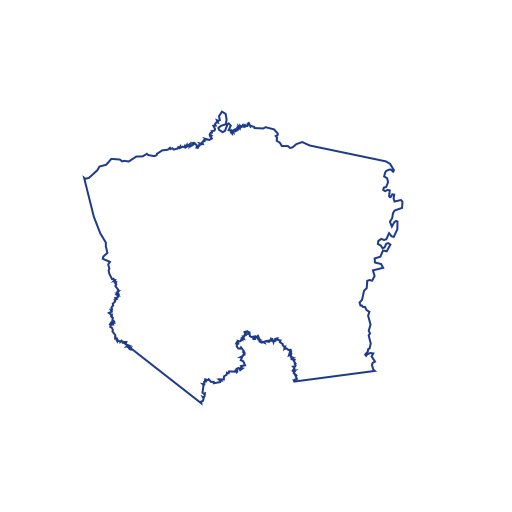 Miraflores, Guaviare, Colombia (Albers equal-area conic projection), rotated 236°
{"feature_id": "7082276B64059951678143", "entity_name": "Miraflores", "entity_type": "district", "adm_level": 2, "iso_a3": "COL", "parent_name": "Colombia", "parent_adm1": "Guaviare", "projection": "albers", "projection_center": [-71.841, 1.327], "detail": "fine", "context": "isolated", "style": "outline", "palette": "blue", "viewbox_px": 512, "rotation_deg": 236, "n_neighbors": 0, "source": "geoboundaries", "source_scale": "gbopen_adm2", "svg_char_len": 6121}
<svg xmlns="http://www.w3.org/2000/svg" viewBox="0 0 512 512"><g transform="rotate(236 256 256)"><path d="M317.5,362.4L324.6,358.0L326.2,352.1L325.6,347.0L326.6,344.6L329.2,344.0L332.7,338.9L336.5,339.1L340.0,337.6L342.3,339.6L344.4,339.5L344.1,341.5L345.3,342.5L350.8,341.8L357.4,336.0L357.7,333.3L362.9,326.3L364.0,326.7L366.4,324.8L366.2,323.8L370.3,324.4L370.3,323.3L368.8,323.4L369.4,322.1L368.6,321.5L369.5,319.9L371.7,320.2L369.5,318.7L370.8,317.2L371.8,317.8L371.3,316.0L372.9,315.7L371.5,314.6L373.2,314.2L371.7,313.7L373.3,313.2L372.8,312.0L371.4,313.2L370.7,312.1L371.5,311.5L370.9,310.4L372.1,309.8L370.2,308.3L372.7,309.1L372.9,307.3L371.0,306.4L373.2,306.0L370.9,304.6L372.4,304.3L373.7,305.5L375.6,303.7L378.2,308.0L381.2,307.5L381.2,306.1L377.1,300.3L377.3,297.6L381.4,295.9L383.2,296.5L383.5,299.8L382.1,304.6L385.5,307.9L390.8,310.3L394.7,308.5L392.6,303.5L388.9,302.0L389.1,300.3L390.4,299.5L388.0,299.0L389.0,298.3L388.2,295.6L386.6,295.5L387.7,293.5L384.2,293.1L383.2,291.8L384.3,289.0L382.9,288.5L383.4,287.0L382.5,285.4L381.3,285.1L381.6,286.1L380.5,286.5L380.2,285.1L378.1,285.1L378.4,282.1L381.5,279.5L380.4,279.7L381.3,278.3L381.1,277.2L380.1,277.4L380.3,274.9L378.6,274.6L380.9,272.3L379.3,272.5L379.8,270.5L378.2,268.2L378.8,267.6L378.9,268.7L379.5,267.8L381.3,268.8L384.5,268.0L385.1,266.6L383.4,266.8L383.5,263.6L385.4,264.4L384.2,262.0L385.7,262.8L385.4,260.4L386.7,260.9L385.5,258.6L387.0,258.7L386.2,257.5L387.7,256.3L388.0,253.8L389.1,254.4L388.5,252.8L389.7,252.4L388.9,251.2L390.2,247.4L392.1,246.9L392.5,244.9L393.8,245.1L393.4,242.4L396.0,237.3L396.1,231.1L395.1,229.8L395.8,227.3L399.9,223.2L401.7,222.7L402.0,217.7L405.4,212.3L405.5,203.3L408.6,200.0L409.3,197.9L412.1,197.1L417.4,190.4L415.4,182.9L417.7,176.2L415.8,172.4L414.2,161.2L415.5,157.6L416.9,157.2L379.5,143.6L362.1,139.6L351.1,139.0L347.8,136.8L341.7,134.6L340.9,129.1L339.4,127.4L332.8,131.6L331.7,128.8L327.6,127.4L326.4,125.7L323.4,124.5L317.4,123.7L316.8,125.1L315.7,125.1L315.9,124.3L315.1,125.3L314.9,124.5L314.6,125.6L313.7,124.6L313.1,125.0L313.3,124.2L312.3,124.1L312.6,124.9L310.4,124.2L309.7,122.6L304.8,122.9L304.0,121.4L303.6,122.2L303.4,121.1L301.6,120.8L302.5,119.6L301.2,119.9L301.6,118.9L299.9,119.6L300.3,118.7L299.6,119.3L299.3,118.3L298.8,119.0L299.8,116.0L298.2,116.3L298.7,114.4L297.1,113.9L296.5,110.5L294.9,110.0L294.3,107.6L292.1,106.7L292.8,105.5L290.5,105.3L291.0,102.2L288.5,103.2L287.6,102.6L287.6,103.5L285.9,102.3L284.9,102.8L282.1,100.1L281.9,101.6L281.1,101.7L281.1,100.9L279.8,101.1L280.4,99.3L279.1,99.1L280.0,97.8L281.6,98.1L281.0,96.6L279.7,96.8L278.6,95.5L277.1,96.4L274.8,96.0L273.7,94.8L269.1,95.1L266.8,93.3L266.8,94.1L264.5,93.5L264.7,94.3L262.8,93.6L263.2,94.4L261.2,95.3L261.1,96.4L260.5,95.8L260.5,97.1L258.9,98.0L258.4,97.2L257.5,98.2L258.2,98.9L257.2,100.4L255.7,98.5L253.4,100.2L253.2,98.2L252.1,100.3L251.9,99.0L250.7,99.1L251.3,99.7L250.2,101.2L249.6,98.7L249.2,100.7L248.2,100.2L247.8,101.2L164.4,128.3L166.0,129.1L165.6,131.0L167.0,132.8L168.9,133.0L167.9,133.6L168.5,134.9L170.7,136.9L171.0,135.7L172.6,135.2L178.3,140.3L179.7,140.1L178.5,141.4L180.6,142.6L179.9,144.4L180.6,144.8L180.9,143.8L182.2,144.9L180.0,146.7L180.3,147.9L176.8,148.3L175.4,150.5L174.1,149.9L171.5,155.8L172.3,156.7L173.5,156.4L172.6,157.3L173.9,157.1L171.6,160.3L174.1,162.1L174.0,165.3L175.5,166.7L174.1,167.8L175.4,169.2L172.2,173.4L172.6,175.1L170.4,174.8L170.5,175.8L173.3,176.9L172.9,178.9L170.2,179.0L170.3,181.9L171.8,180.2L172.2,182.2L173.1,182.2L171.5,185.8L175.8,186.6L178.1,185.1L179.9,187.8L180.8,186.6L180.5,189.6L180.9,190.6L182.1,190.2L180.8,191.5L182.1,192.4L183.6,191.7L183.8,192.7L188.7,192.5L188.0,191.0L189.3,189.6L192.0,189.5L193.4,191.0L193.2,192.3L194.1,192.4L194.7,191.0L195.2,191.9L194.4,192.4L195.9,193.4L194.3,194.6L194.2,196.0L195.1,197.0L195.8,196.6L194.1,197.7L195.7,198.3L194.0,199.7L196.7,200.2L196.0,201.5L197.2,202.8L196.6,203.3L199.4,204.0L199.1,204.9L198.2,203.8L197.7,204.0L198.5,206.6L195.6,208.2L196.4,207.2L195.9,205.8L195.2,207.3L193.0,206.1L191.4,206.9L190.4,209.2L190.0,207.9L188.5,207.4L187.8,208.7L189.2,209.2L189.2,210.5L188.4,210.5L188.8,213.0L185.9,212.5L186.6,211.4L185.3,211.2L184.1,212.6L183.1,211.1L181.0,212.3L181.7,213.1L179.4,214.5L180.4,214.6L180.1,216.0L177.5,218.9L177.8,219.7L178.8,219.0L178.1,220.6L178.8,221.8L176.3,221.2L178.8,223.3L174.7,222.3L175.4,223.1L174.8,224.7L176.5,225.6L176.1,226.6L175.9,225.5L175.4,226.4L174.5,225.9L175.5,227.4L173.7,227.6L172.3,229.1L171.2,227.6L168.1,228.9L166.8,228.2L164.9,228.9L163.5,227.8L163.9,229.1L162.8,228.3L162.3,229.6L159.8,230.4L158.9,232.3L157.4,231.8L157.7,230.8L156.4,229.2L156.6,230.9L155.6,230.9L154.9,228.7L154.6,229.9L153.0,228.5L150.9,229.9L151.5,228.3L150.6,227.7L148.3,229.8L147.9,228.7L144.7,228.6L144.8,227.8L143.1,227.6L142.6,226.5L143.5,224.9L141.5,225.1L140.6,222.9L139.5,224.4L139.7,222.6L138.5,223.3L137.9,221.8L133.6,223.0L134.9,221.8L131.2,221.2L131.7,219.7L130.6,219.2L131.8,217.8L130.5,217.5L94.3,290.2L96.0,289.7L100.7,291.1L102.1,292.8L101.9,295.6L108.0,295.7L109.7,298.7L111.6,296.6L112.3,293.3L111.7,291.5L113.3,291.4L114.2,295.2L116.1,297.0L115.8,298.4L119.3,302.2L127.2,305.0L128.0,307.2L131.0,307.7L135.1,312.6L143.9,315.6L146.3,318.8L149.3,317.4L152.8,317.9L154.0,316.1L155.9,316.0L156.5,314.9L159.5,315.8L160.4,319.4L166.8,326.2L167.4,329.8L173.2,334.3L172.5,336.8L170.6,338.4L173.0,343.1L178.7,344.9L175.1,354.8L179.4,355.2L184.1,351.0L187.6,353.0L185.9,358.7L189.5,364.4L186.8,367.0L190.3,373.8L192.7,372.9L193.3,370.8L191.2,367.3L191.7,365.2L194.9,365.3L197.9,363.8L200.1,365.9L200.1,369.4L197.7,371.1L197.0,373.4L200.5,379.1L196.5,379.4L194.8,380.9L199.1,388.1L205.5,392.6L206.7,391.7L206.7,389.5L204.4,385.1L209.5,386.2L211.2,390.0L215.0,393.7L216.2,396.4L214.2,404.0L219.1,407.8L221.4,407.4L223.7,401.3L226.7,402.2L229.6,404.9L230.9,403.5L229.6,400.8L230.0,399.8L231.2,399.8L235.6,403.6L237.1,402.2L237.6,399.3L239.6,398.4L241.2,400.1L240.5,402.6L243.3,406.7L247.1,408.2L250.3,406.7L252.9,409.6L253.7,411.5L253.1,414.8L252.3,416.1L249.2,416.8L249.9,418.3L257.4,418.7L261.8,416.6L317.5,362.4Z" fill="none" stroke="#1e3a8a" stroke-width="2"/></g></svg>